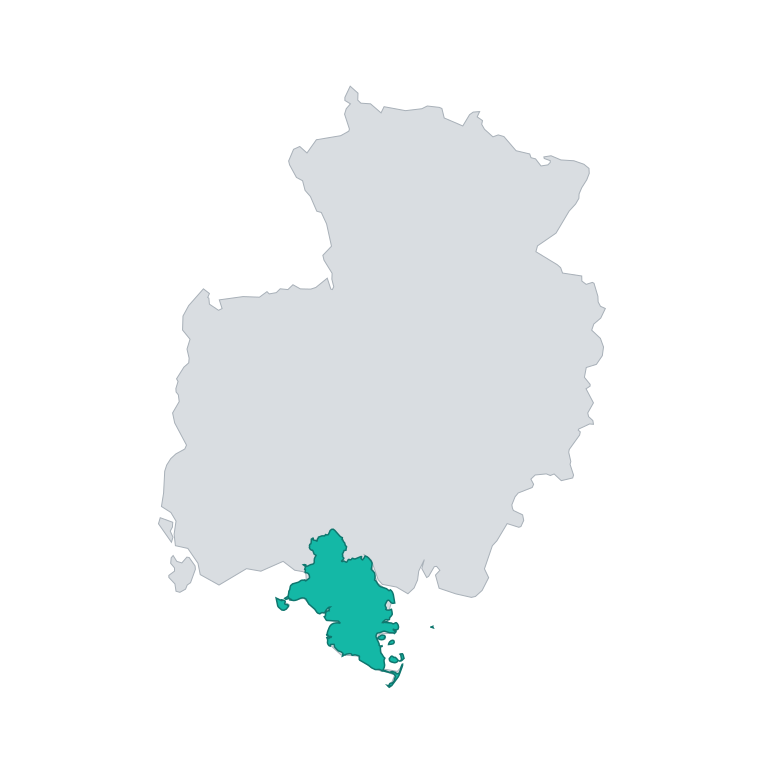 Schleswig-Holstein highlighted on a map of Germany, rotated 197°
{"feature_id": "DEU-1579", "entity_name": "Schleswig-Holstein", "entity_type": "State", "adm_level": 1, "iso_a3": "DEU", "parent_name": "Germany", "parent_adm1": "", "projection": "mercator", "projection_center": [9.834, 54.215], "detail": "fine", "context": "in_parent", "style": "filled", "palette": "teal", "viewbox_px": 768, "rotation_deg": 197, "n_neighbors": 0, "source": "natural_earth", "source_scale": "10m", "svg_char_len": 9836}
<svg xmlns="http://www.w3.org/2000/svg" viewBox="0 0 768 768"><g transform="rotate(197 384 384)"><path d="M341.7,655.7L325.9,645.7L311.9,646.6L309.6,643.4L304.9,643.6L297.6,638.4L291.3,641.5L289.8,644.5L290.3,646.2L296.7,646.5L297.5,647.9L291.0,651.1L280.3,650.0L267.7,653.0L257.1,652.6L251.0,650.1L249.3,645.4L249.8,638.6L252.3,629.5L253.0,622.8L251.9,618.5L253.4,612.1L257.5,603.5L263.6,578.6L277.6,561.0L277.4,554.9L253.1,548.7L249.1,546.9L245.7,542.3L226.5,545.1L224.9,540.3L219.8,538.4L214.4,542.1L212.6,541.7L205.1,530.4L203.2,525.1L199.7,521.6L194.4,520.9L196.0,510.4L200.9,502.7L201.1,496.2L190.4,490.9L184.9,483.6L183.5,474.9L186.6,464.9L195.4,458.9L194.3,449.0L186.8,443.9L186.3,442.2L189.4,438.5L178.2,427.2L180.7,415.9L178.8,412.6L173.6,410.1L171.9,406.7L175.7,405.9L184.5,398.0L184.8,396.7L182.3,395.6L182.0,392.4L187.7,375.6L187.4,372.7L182.7,364.5L182.6,361.6L176.1,352.3L176.1,349.3L186.2,343.4L195.0,347.7L198.2,345.1L202.5,345.5L212.8,341.2L215.7,336.0L211.6,331.8L212.0,328.4L223.8,319.0L225.7,314.4L226.4,305.8L224.9,302.8L223.3,300.9L213.2,299.4L210.5,294.4L211.4,287.7L213.2,286.4L225.4,286.5L230.2,267.1L233.1,261.0L233.9,236.6L227.3,229.4L229.8,215.3L234.4,207.6L238.0,205.5L253.9,204.3L271.6,204.8L278.9,216.3L276.1,222.2L280.4,225.0L282.5,224.0L285.1,213.1L286.6,211.4L293.9,218.6L294.1,227.9L296.1,215.3L294.6,206.4L295.6,197.7L299.8,190.4L312.7,193.5L327.0,191.9L332.4,195.2L344.6,211.9L353.8,215.4L346.7,211.9L331.9,191.6L316.4,186.3L313.0,180.5L313.1,159.9L307.3,155.8L301.0,157.2L300.1,152.5L301.1,149.0L315.2,143.5L315.5,137.8L302.7,117.5L302.2,108.6L312.9,109.1L326.0,113.3L329.3,116.2L346.0,112.4L358.8,118.4L364.8,127.0L365.1,134.4L357.7,143.1L370.4,141.8L373.6,148.1L380.5,145.8L397.6,155.5L410.7,150.5L413.1,158.4L410.5,166.2L401.3,174.6L403.3,179.8L406.3,180.9L414.9,179.8L428.6,184.9L447.0,169.0L461.5,167.2L483.0,143.5L504.0,148.0L509.5,158.2L523.5,169.4L536.2,168.4L540.8,179.0L542.8,192.1L550.2,198.8L561.0,201.8L562.9,215.3L568.2,236.5L568.1,243.0L566.1,250.3L562.6,256.3L555.5,263.6L555.0,267.8L572.8,285.6L577.7,294.5L574.7,307.3L577.5,313.5L580.5,315.6L581.7,318.8L581.7,326.2L583.9,328.3L580.3,341.6L576.9,347.1L577.9,351.7L582.6,359.8L582.6,370.1L592.4,376.7L596.1,390.2L593.7,401.9L584.5,422.2L577.4,419.5L577.9,415.2L576.6,414.9L574.3,409.3L563.8,406.1L560.9,408.8L566.1,416.3L544.3,426.4L528.5,430.6L522.9,438.1L520.1,436.6L513.7,439.9L511.1,444.7L503.5,446.2L500.1,452.3L491.8,450.5L481.8,453.3L477.4,456.4L469.2,468.6L462.6,459.2L461.0,459.2L460.5,462.3L464.5,469.0L466.0,474.7L477.6,484.9L480.1,489.2L474.5,500.4L485.7,520.3L494.1,529.7L498.8,529.6L509.2,541.8L516.1,546.1L521.3,554.6L528.1,555.9L538.4,566.0L540.4,569.4L539.1,582.0L534.0,586.5L525.2,582.4L520.1,597.8L498.0,608.8L491.6,615.5L491.6,617.7L500.6,630.5L500.6,636.2L498.0,642.1L504.3,643.7L505.2,646.7L503.4,658.9L493.9,654.5L492.1,647.8L488.2,645.8L478.8,648.0L466.1,642.4L465.0,649.2L443.3,651.7L428.3,658.3L423.9,662.5L412.0,664.7L409.2,664.4L404.2,656.0L384.1,653.8L380.9,666.6L378.2,670.1L372.2,672.5L373.0,666.7L366.8,664.7L366.5,660.9L362.4,657.0L352.1,652.2L347.6,655.6L341.7,655.7ZM535.6,150.2L536.7,155.6L535.5,158.3L530.3,153.8L525.0,153.8L521.9,160.8L519.6,161.1L511.5,154.8L510.2,151.7L510.9,137.4L513.4,134.3L513.8,129.8L518.3,125.1L522.3,125.0L525.5,131.7L533.2,136.1L533.8,138.1L529.6,143.8L530.6,146.9L535.6,150.2ZM558.8,184.4L558.9,190.7L545.6,190.0L544.5,185.3L545.4,180.8L541.0,175.8L541.0,170.5L558.8,184.4ZM287.2,113.1L284.3,119.5L284.8,108.2L289.9,96.0L292.0,96.3L289.2,101.9L288.7,108.8L300.3,109.5L298.9,111.6L287.2,113.1ZM423.2,147.4L416.1,147.6L410.6,143.6L414.0,138.2L420.9,140.8L423.2,147.4ZM298.4,123.9L296.5,125.8L289.7,123.8L294.7,120.1L297.7,121.0L298.4,123.9Z" fill="#d9dde1" stroke="#a8b0b8" stroke-width="1"/><path d="M309.3,108.4L313.0,109.0L316.6,110.5L326.5,112.8L327.2,113.5L327.6,115.4L327.9,116.4L328.7,116.7L332.8,116.6L333.3,116.1L333.9,116.0L334.4,115.5L335.3,115.3L336.2,116.2L337.0,116.3L338.3,116.0L341.1,114.6L342.0,113.5L343.1,113.1L343.7,112.0L344.3,111.5L344.5,114.4L346.7,115.3L349.5,115.4L351.5,116.3L354.6,118.2L355.1,119.6L355.6,120.4L356.8,120.1L358.9,119.3L358.7,117.7L359.8,117.6L361.3,118.5L362.4,119.9L363.0,122.6L363.3,123.3L364.6,124.8L364.0,125.3L362.4,124.8L362.4,125.0L361.3,125.9L360.6,126.1L360.5,126.3L360.5,127.0L361.2,127.0L362.4,126.7L363.6,126.6L364.3,127.5L364.8,127.1L365.3,127.1L365.6,127.6L365.2,128.7L365.5,129.8L365.5,131.4L365.2,134.7L365.0,136.1L364.7,137.2L364.2,138.2L363.7,139.0L362.2,140.4L360.3,141.4L358.3,142.1L356.4,142.3L356.4,142.9L358.4,143.9L369.5,141.2L370.4,141.5L373.2,144.0L372.3,144.9L372.3,145.8L372.6,146.8L372.9,148.1L372.6,149.1L372.0,150.1L371.1,150.8L370.3,151.1L370.6,151.4L370.6,151.6L370.3,152.2L370.8,152.7L371.0,153.4L370.8,154.1L370.3,154.9L371.3,154.5L372.1,153.5L373.2,151.1L373.8,148.4L374.1,147.8L374.6,147.5L376.4,147.3L377.0,146.9L378.0,145.6L378.5,145.4L380.5,145.6L381.5,146.1L384.3,148.4L391.6,151.6L395.7,155.5L397.6,156.0L399.7,155.6L401.3,154.6L404.0,152.2L405.5,151.2L407.1,150.5L410.9,150.0L410.9,150.5L409.0,150.6L409.8,150.9L410.6,150.7L411.6,151.4L414.9,149.4L416.3,150.0L414.6,151.9L414.1,152.7L413.2,152.2L413.7,153.5L414.1,156.6L414.4,158.1L414.1,159.1L414.1,160.5L414.4,162.7L414.3,164.1L413.4,165.3L413.2,166.0L407.8,169.5L405.9,171.9L405.1,172.4L402.9,173.1L402.5,173.4L401.8,172.9L401.4,172.8L401.1,173.0L398.6,176.6L398.6,177.1L399.2,178.6L399.9,179.7L400.8,180.5L402.1,180.9L403.8,180.7L404.3,180.9L404.6,181.7L404.7,182.6L404.9,183.4L405.7,183.6L405.6,185.9L405.9,186.5L406.4,186.8L408.3,187.5L407.5,188.0L406.0,188.2L405.7,188.0L405.8,187.2L404.8,186.9L403.7,187.6L401.4,189.8L399.3,191.0L398.7,192.0L398.5,193.0L398.6,193.4L399.1,194.7L399.5,196.8L398.9,200.3L401.1,200.9L403.0,203.4L403.5,203.9L403.8,204.1L404.8,203.9L406.1,204.3L407.2,205.3L407.6,205.9L407.6,206.8L408.0,207.6L408.1,208.0L408.0,208.8L407.9,209.2L407.3,209.7L407.3,211.0L407.9,213.6L407.9,214.0L407.4,214.3L408.0,214.5L407.2,215.6L406.8,215.9L406.5,215.7L406.2,214.4L405.8,214.1L403.5,214.4L402.7,214.1L402.2,214.2L402.1,214.7L402.4,216.0L401.9,217.3L401.9,218.4L399.0,220.6L396.4,221.4L395.9,222.8L395.8,223.0L394.7,222.9L393.4,223.5L393.2,224.0L392.8,226.4L392.8,227.4L392.6,228.2L391.6,229.7L390.1,230.3L388.2,229.6L381.7,225.6L380.0,225.0L378.9,224.9L378.6,223.1L378.2,223.2L376.6,221.4L375.2,220.6L373.7,218.2L372.4,217.7L372.2,217.4L372.1,215.8L371.8,213.9L373.5,213.1L373.7,210.8L374.1,209.3L373.9,208.8L373.4,208.4L373.3,207.0L371.6,205.8L371.4,205.3L372.1,203.6L372.7,202.7L372.8,202.3L372.6,202.0L371.9,202.0L370.6,203.0L367.9,202.5L367.4,203.1L366.8,205.6L366.5,205.8L366.2,206.1L365.3,205.9L364.4,206.2L363.9,206.7L363.5,207.9L363.0,208.2L361.6,208.0L360.4,208.3L355.8,212.1L355.2,212.4L354.9,212.3L354.8,212.0L355.0,210.5L353.9,209.7L353.0,209.6L352.9,210.4L352.3,211.3L351.8,214.0L349.5,213.8L347.8,213.1L344.5,210.9L343.0,209.2L342.4,206.7L342.1,203.2L341.6,202.8L338.8,201.3L337.6,200.3L336.5,197.9L335.8,195.4L335.7,193.8L334.1,193.2L331.1,190.6L329.4,189.5L327.7,189.1L321.8,189.0L318.8,187.8L318.3,188.2L317.8,189.0L316.7,188.6L315.1,187.4L313.6,185.5L309.7,177.7L311.5,176.8L312.4,176.8L313.5,177.1L315.3,178.3L316.3,178.6L317.3,178.1L317.7,177.3L318.0,175.7L318.3,174.0L318.3,172.8L317.8,172.0L316.3,170.4L316.4,169.0L315.3,168.7L313.6,169.0L312.1,169.7L311.3,170.7L311.0,170.7L309.7,168.4L308.8,166.3L309.1,164.7L310.3,162.1L310.0,160.9L310.0,160.3L310.6,159.9L313.3,159.3L313.8,158.9L315.3,156.6L315.7,155.4L314.7,155.6L312.9,157.1L311.9,157.6L312.3,156.5L307.0,157.6L305.3,157.3L304.6,157.6L303.1,159.1L302.5,159.3L301.3,158.8L300.0,157.6L299.0,155.8L298.9,153.8L299.6,153.0L300.8,152.4L302.3,152.1L303.3,152.2L303.3,151.6L302.5,151.4L301.9,150.8L301.3,150.6L300.5,151.6L300.1,150.7L300.3,149.8L301.2,148.4L302.1,148.8L305.9,147.8L311.0,147.8L312.2,147.4L313.1,146.8L315.1,145.1L316.9,144.2L317.7,143.6L318.0,142.3L318.0,140.4L316.8,138.6L313.0,134.5L312.5,133.6L312.3,132.8L311.8,132.4L310.9,132.4L309.9,132.7L309.4,133.1L309.1,132.5L310.6,131.4L309.0,127.0L308.4,125.9L307.1,125.1L304.6,122.9L303.0,122.1L303.3,120.1L302.7,118.4L301.2,115.4L300.9,113.3L301.1,111.5L301.7,109.1L303.4,109.6L305.1,109.7L308.2,108.5L309.3,108.4ZM420.8,140.8L424.6,147.8L418.8,146.8L418.0,147.3L418.4,147.7L416.5,147.9L415.3,147.6L414.8,147.0L414.9,145.4L414.6,144.7L414.0,144.5L412.8,144.5L412.3,144.6L411.9,145.1L411.6,145.1L411.3,144.2L410.5,144.5L410.3,143.4L411.6,140.2L413.5,138.4L415.7,138.0L419.6,139.7L420.8,140.8ZM287.8,104.9L287.5,107.8L289.1,109.3L291.3,109.9L301.4,109.3L300.3,110.3L294.5,109.9L292.5,111.3L291.8,111.5L288.6,111.5L288.3,111.4L287.9,110.7L287.1,110.5L285.3,111.6L285.1,111.8L285.0,112.4L284.9,114.0L284.8,114.3L284.9,118.7L284.8,120.2L284.6,121.3L284.3,121.5L284.0,120.4L284.0,118.3L284.5,109.5L284.9,107.8L288.4,97.9L290.4,95.5L292.6,96.7L289.8,96.8L289.4,97.2L290.7,97.4L291.1,98.3L290.6,99.5L288.8,100.5L287.9,101.8L287.4,103.5L287.8,104.9ZM294.2,120.4L296.7,120.5L297.8,121.2L298.6,122.6L298.6,123.2L298.2,123.8L297.7,125.4L297.3,125.9L296.7,126.1L295.9,126.0L294.8,125.4L293.6,125.9L292.1,125.4L289.4,123.7L290.3,122.0L291.4,121.0L292.6,120.5L294.2,120.4ZM315.7,139.0L315.4,139.3L315.4,140.1L314.6,141.0L313.3,142.8L312.3,143.4L310.2,143.6L309.3,143.2L308.8,142.3L309.3,142.0L309.4,141.6L309.1,141.1L308.8,140.7L310.2,139.3L311.9,138.6L313.7,138.5L315.7,139.0ZM300.5,137.5L303.5,136.2L303.6,137.1L303.2,139.0L302.1,140.7L300.8,141.5L299.8,141.5L299.2,141.0L298.7,139.8L299.0,138.5L300.5,137.5ZM286.5,125.4L288.8,129.8L289.7,130.3L289.1,130.8L287.5,131.4L286.4,130.4L285.5,128.8L284.6,127.5L286.0,125.0L286.8,124.1L287.8,123.7L287.8,124.1L287.5,124.3L286.5,125.4ZM266.7,166.3L266.5,166.5L266.4,166.1L265.6,165.2L266.2,165.2L266.5,165.5L266.7,166.3ZM267.1,165.3L267.9,165.1L268.0,165.5L267.3,165.8L267.1,165.3Z" fill="#14b8a6" stroke="#0f766e" stroke-width="1.5"/></g></svg>